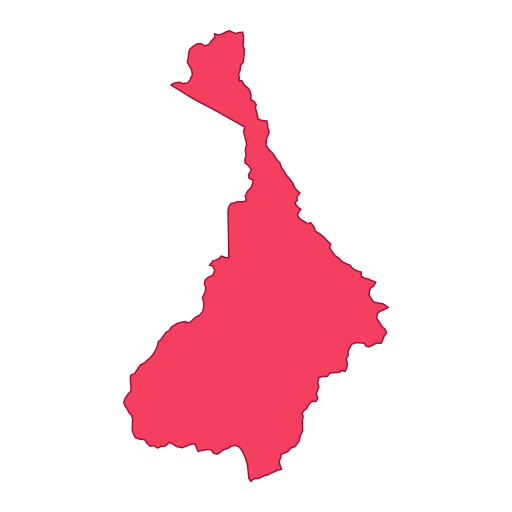 Jaraguá do Sul, Santa Catarina, Brazil
{"feature_id": "56859067B43014186257508", "entity_name": "Jaraguá do Sul", "entity_type": "district", "adm_level": 2, "iso_a3": "BRA", "parent_name": "Brazil", "parent_adm1": "Santa Catarina", "projection": "mercator", "projection_center": [-49.158, -26.432], "detail": "fine", "context": "isolated", "style": "filled", "palette": "rose", "viewbox_px": 512, "rotation_deg": 0, "n_neighbors": 0, "source": "geoboundaries", "source_scale": "gbopen_adm2", "svg_char_len": 3959}
<svg xmlns="http://www.w3.org/2000/svg" viewBox="0 0 512 512"><path d="M294.9,446.6L296.9,444.1L299.2,440.8L300.3,435.2L302.7,430.8L302.5,426.2L302.4,421.1L303.1,416.8L302.1,413.4L303.7,410.7L306.4,408.8L308.4,405.0L311.5,401.5L315.9,401.4L317.8,398.5L316.3,393.5L317.8,389.6L318.9,386.7L317.6,382.4L318.9,377.5L322.4,376.5L327.0,376.5L330.0,373.1L332.9,372.7L336.3,372.6L339.2,372.3L341.7,370.6L345.1,371.4L346.8,367.8L347.4,363.5L346.1,359.0L348.2,355.4L348.0,352.3L348.9,349.2L351.7,344.2L356.0,342.7L360.9,342.9L364.3,343.2L365.9,345.9L368.7,346.9L372.2,345.5L376.4,343.1L381.3,343.2L382.9,339.3L384.3,335.7L386.7,332.9L384.9,329.0L382.3,326.9L380.4,323.9L378.5,320.9L376.6,318.3L377.3,313.6L380.3,311.1L384.3,309.5L388.2,307.5L385.5,305.4L382.5,303.6L378.1,303.1L373.5,301.8L371.5,299.1L369.1,295.1L369.4,290.7L371.0,287.7L373.7,285.9L375.7,282.3L373.2,281.1L370.6,280.2L367.8,278.8L364.6,278.2L361.4,276.3L361.0,272.0L356.4,270.7L352.6,268.4L349.9,265.2L346.4,263.8L342.6,261.9L339.0,258.4L335.0,255.6L332.1,251.4L329.4,247.8L330.8,244.1L326.9,240.4L323.4,236.8L319.6,233.7L315.0,231.0L314.5,227.8L312.5,225.0L310.8,222.7L307.4,223.7L304.0,221.3L300.1,219.1L297.3,215.3L298.6,212.1L300.8,209.4L298.4,207.5L296.4,205.5L294.9,203.0L297.3,200.3L296.8,197.3L299.9,192.8L296.8,190.3L294.8,187.9L292.7,183.1L290.5,180.0L288.6,177.7L286.0,174.7L283.6,170.6L281.4,167.4L279.7,162.6L276.6,159.6L274.4,155.8L271.7,152.2L269.6,150.4L267.5,147.6L265.9,144.8L266.2,141.8L266.8,137.9L268.7,133.7L269.0,130.4L267.7,127.8L267.6,124.6L266.8,120.9L262.0,120.6L258.0,118.8L257.4,115.1L256.4,111.1L255.3,107.7L256.2,104.5L254.0,101.6L250.9,99.6L250.9,95.1L250.1,91.3L247.9,88.0L244.2,85.0L241.8,80.7L239.1,80.9L239.3,77.8L238.6,74.3L240.1,70.2L240.8,65.0L243.2,62.4L243.6,58.3L244.2,53.3L244.2,48.5L242.9,45.7L243.3,42.2L243.6,37.3L242.6,32.2L238.2,32.6L235.6,33.6L232.9,32.4L229.3,30.7L225.4,32.1L221.6,34.3L218.5,34.9L214.6,33.8L214.6,37.5L211.2,41.2L208.7,44.7L204.6,45.7L201.1,43.6L197.0,43.9L193.3,46.2L189.8,49.2L188.7,53.2L188.3,57.8L187.3,62.1L189.5,66.2L191.6,69.8L192.3,74.9L189.9,80.1L187.4,83.1L182.7,83.5L179.7,82.2L176.4,82.7L173.5,83.3L171.0,85.0L193.9,99.2L213.8,109.6L244.9,127.1L243.6,130.6L244.2,134.2L245.5,139.1L246.7,144.4L245.6,147.9L245.3,151.2L246.2,155.5L244.8,159.7L245.2,163.0L248.3,165.3L251.4,169.9L248.6,174.4L249.0,178.2L253.2,180.3L252.4,183.9L251.1,187.7L247.6,191.0L245.3,195.7L246.3,200.8L243.3,201.6L240.5,201.8L237.6,201.6L234.0,203.0L231.1,203.4L229.2,206.2L228.0,210.3L228.8,252.8L228.7,257.9L225.6,257.6L221.3,256.0L219.2,258.4L216.4,259.9L212.8,261.1L209.6,265.2L212.7,266.1L214.8,270.1L213.0,275.1L208.0,277.5L205.2,280.0L204.4,283.8L205.9,287.7L205.0,292.3L202.4,297.7L203.7,302.2L203.6,307.0L202.7,311.6L199.3,315.3L196.4,316.7L192.9,319.5L190.6,322.1L187.5,322.8L185.1,321.5L182.2,322.1L177.6,323.2L174.1,325.4L171.2,327.3L169.2,330.7L166.2,332.2L163.4,335.9L160.8,339.7L158.3,341.8L157.5,345.4L156.2,349.1L154.7,351.8L152.6,355.0L149.9,358.0L146.9,360.6L144.8,362.7L140.1,365.2L137.0,369.9L134.6,373.6L130.6,375.3L130.3,379.2L130.7,383.6L131.0,387.2L130.9,390.9L127.6,394.7L125.1,398.5L123.8,402.4L125.4,406.5L127.2,408.9L129.0,412.6L131.6,415.5L132.6,418.8L132.5,423.7L132.2,430.3L133.8,434.8L135.7,437.9L139.4,439.1L144.5,439.6L146.9,443.1L150.1,446.2L154.0,445.6L157.4,448.0L160.9,446.4L165.5,445.9L169.3,442.4L172.8,444.0L176.7,446.6L182.3,447.7L186.9,445.9L190.1,444.5L194.7,443.7L196.3,447.2L198.0,451.3L203.1,450.3L207.1,449.5L211.1,449.8L213.5,453.2L217.1,454.1L219.6,452.9L222.3,450.3L225.7,449.1L228.4,448.2L231.4,446.0L235.2,445.4L239.2,446.8L242.0,450.6L243.6,453.7L245.6,458.2L246.5,461.8L247.6,465.4L247.9,469.5L248.4,473.5L248.9,478.5L250.8,481.3L254.3,478.5L257.4,478.7L261.8,477.0L264.7,475.4L268.5,474.7L270.9,473.1L274.3,471.8L277.6,470.2L281.5,469.2L279.9,465.0L279.1,461.1L280.8,457.7L281.0,454.1L284.1,453.2L288.0,451.3L290.7,448.2L294.9,446.6Z" fill="#f43f5e" stroke="#9f1239" stroke-width="1.5"/></svg>